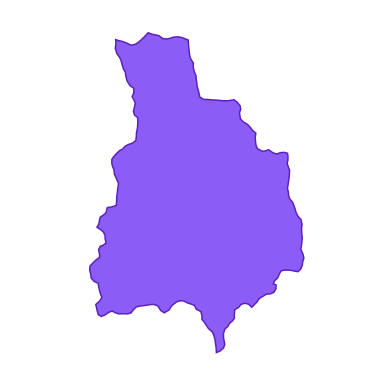 Liberdade, Minas Gerais, Brazil (Mercator projection), rotated 356°
{"feature_id": "56859067B15814439549012", "entity_name": "Liberdade", "entity_type": "district", "adm_level": 2, "iso_a3": "BRA", "parent_name": "Brazil", "parent_adm1": "Minas Gerais", "projection": "mercator", "projection_center": [-44.338, -22.009], "detail": "fine", "context": "isolated", "style": "filled", "palette": "violet", "viewbox_px": 384, "rotation_deg": 356, "n_neighbors": 0, "source": "geoboundaries", "source_scale": "gbopen_adm2", "svg_char_len": 3045}
<svg xmlns="http://www.w3.org/2000/svg" viewBox="0 0 384 384"><g transform="rotate(356 192 192)"><path d="M126.5,34.7L126.5,38.5L125.5,43.5L126.8,48.9L128.9,52.1L130.2,55.1L131.2,60.0L132.2,64.7L133.8,67.6L134.1,72.0L135.0,76.8L137.7,81.7L141.1,84.4L141.0,88.6L138.9,92.8L140.5,96.0L141.6,99.6L140.7,102.6L139.2,107.4L140.1,111.4L142.9,113.8L142.9,117.6L142.4,122.2L141.6,126.1L140.7,129.2L140.3,133.0L139.5,136.8L136.0,139.1L131.8,140.2L128.4,141.7L125.9,144.3L123.0,145.4L119.1,148.6L116.1,151.5L114.3,154.0L114.0,157.8L114.5,160.9L115.8,164.5L115.8,168.7L117.4,172.9L119.3,178.4L118.2,183.4L117.4,187.9L116.6,191.5L116.2,195.3L115.5,200.1L110.9,201.3L106.4,201.6L104.7,206.8L101.4,209.2L98.6,210.8L97.6,214.1L96.8,217.5L94.7,220.5L98.4,223.3L100.8,225.8L102.2,229.0L102.1,232.8L102.7,236.9L99.9,238.7L96.7,239.8L94.7,243.2L95.4,247.2L95.4,250.7L92.1,252.6L89.0,255.2L85.1,258.7L84.5,263.0L85.3,267.0L85.4,270.8L88.1,274.3L92.0,276.5L92.3,280.3L93.0,284.5L93.8,287.8L94.7,290.9L92.3,294.3L88.2,297.5L88.9,302.6L89.9,307.8L92.8,309.8L96.4,308.7L100.2,306.4L103.9,305.1L106.4,306.7L110.0,308.4L114.6,308.6L119.1,309.1L122.7,308.4L125.2,305.5L128.4,302.8L131.5,302.2L136.0,302.0L141.9,301.5L145.9,301.4L150.0,303.2L152.4,307.9L155.9,310.6L161.0,308.0L163.5,304.4L166.3,302.3L169.3,300.4L172.7,299.7L176.0,300.1L179.5,302.2L183.7,303.9L186.7,305.5L188.2,309.4L192.5,311.8L193.3,316.4L193.0,319.8L194.9,322.4L196.6,325.2L198.9,329.4L202.5,333.0L203.8,336.6L204.6,340.3L204.8,344.0L205.2,348.6L205.1,353.9L209.2,352.4L212.6,349.8L214.1,346.2L213.3,340.1L213.5,335.5L215.2,331.1L218.6,328.4L220.4,325.5L223.4,323.5L225.5,320.7L225.7,317.1L226.4,312.4L230.3,310.5L233.3,307.4L237.4,306.7L240.7,308.0L243.6,311.1L245.9,309.1L248.9,306.5L252.0,302.7L256.0,300.7L258.9,299.2L263.4,299.0L266.7,297.8L269.0,294.4L269.4,290.7L266.7,289.2L268.2,286.4L271.6,283.5L273.7,279.3L275.7,276.7L279.6,276.4L284.3,276.8L288.6,278.0L292.1,278.9L295.0,276.6L297.0,272.6L297.6,269.2L299.0,265.9L298.4,261.9L296.6,256.8L297.8,251.4L298.8,245.4L298.6,240.8L298.7,236.4L299.5,232.0L298.8,227.1L296.1,223.7L294.4,219.7L293.1,213.9L291.8,209.6L289.0,205.6L288.1,202.0L288.1,198.8L287.5,195.1L288.3,191.5L289.2,187.3L290.2,182.4L290.9,177.2L289.7,173.2L288.9,170.1L289.9,166.8L290.2,163.3L290.0,160.0L286.8,158.9L282.9,158.9L279.2,160.0L275.4,158.5L271.4,155.2L267.9,156.2L264.7,156.1L260.3,153.3L259.0,149.3L258.9,146.0L258.8,142.3L259.8,137.7L256.8,134.9L254.9,132.0L252.3,128.6L248.3,125.9L245.4,122.4L244.9,116.4L246.4,112.6L245.9,109.1L243.1,105.3L240.4,102.9L235.9,103.4L231.9,103.4L227.9,102.9L222.6,102.0L217.9,101.5L214.2,100.8L209.8,100.4L206.4,97.7L205.6,92.1L204.5,87.0L204.4,83.0L204.1,79.7L204.1,76.3L202.7,72.1L202.0,67.9L202.3,63.3L200.3,59.8L199.3,56.7L199.1,53.0L198.9,48.7L198.8,44.5L198.8,40.1L193.2,37.4L188.9,36.2L184.5,36.2L181.6,37.0L177.9,37.6L173.7,37.0L169.9,33.7L163.8,32.0L159.3,30.1L155.9,33.3L152.1,36.6L148.8,39.0L145.8,40.7L141.4,41.3L137.0,38.7L133.2,37.0L129.7,35.9L126.5,34.7Z" fill="#8b5cf6" stroke="#5b21b6" stroke-width="1.5"/></g></svg>